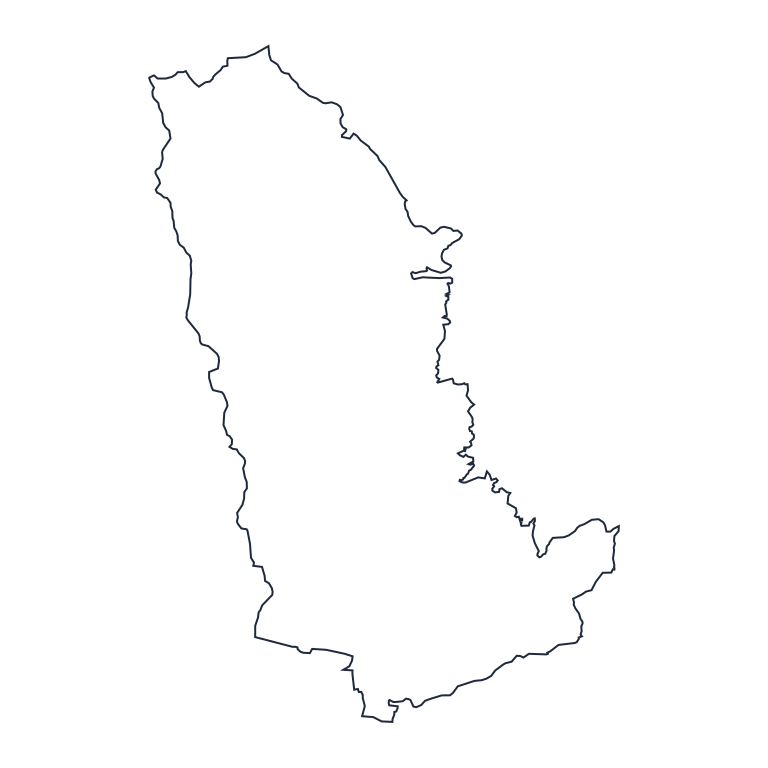 the district of Glogova, Mehedinti, Romania
{"feature_id": "2599482B38574627683383", "entity_name": "Glogova", "entity_type": "district", "adm_level": 2, "iso_a3": "ROU", "parent_name": "Romania", "parent_adm1": "Mehedinti", "projection": "mercator", "projection_center": [22.923, 44.916], "detail": "fine", "context": "isolated", "style": "outline", "palette": "slate", "viewbox_px": 768, "rotation_deg": 0, "n_neighbors": 0, "source": "geoboundaries", "source_scale": "gbopen_adm2", "svg_char_len": 6085}
<svg xmlns="http://www.w3.org/2000/svg" viewBox="0 0 768 768"><path d="M486.3,678.7L491.1,676.0L495.3,670.4L503.0,664.7L505.5,663.2L511.6,661.7L516.7,655.8L520.2,656.0L523.6,657.5L528.9,653.8L546.4,654.4L547.9,653.8L547.3,652.7L550.1,651.4L558.6,644.9L574.9,643.0L576.8,642.1L578.8,638.9L578.7,637.5L581.9,636.3L580.6,634.4L581.6,631.4L581.3,626.3L582.6,623.4L582.4,621.6L580.5,618.9L579.0,613.5L575.4,608.4L573.7,604.7L574.0,602.5L573.1,598.7L582.2,594.3L585.9,591.6L591.5,590.2L595.9,581.7L602.7,572.8L611.3,572.6L612.8,569.3L614.3,569.6L614.5,568.1L614.0,567.1L614.4,565.5L613.0,558.4L614.1,550.5L613.7,547.7L614.9,543.7L614.0,541.0L614.4,536.1L618.6,531.1L618.8,526.1L613.4,528.9L610.4,531.6L606.5,531.6L605.0,525.2L603.4,522.4L598.6,519.2L591.8,519.8L584.4,524.1L579.7,525.8L577.2,527.8L575.0,531.1L568.8,535.4L564.0,537.2L552.8,537.9L549.5,542.4L549.1,544.0L547.1,546.1L546.4,548.5L546.5,550.9L545.2,553.8L543.2,554.3L541.2,556.6L539.3,557.3L537.4,555.5L537.5,553.8L538.8,551.1L534.8,543.1L532.6,535.7L533.0,531.1L534.5,525.4L533.4,523.5L534.9,521.1L534.8,518.4L533.7,518.7L531.2,521.8L529.8,522.3L528.8,525.6L521.4,525.8L520.8,524.0L521.5,522.9L520.5,522.1L519.7,519.6L522.2,520.3L522.2,518.7L519.7,518.9L518.8,516.7L516.8,517.2L514.9,516.0L516.7,512.5L515.9,508.2L507.6,503.5L508.3,495.9L510.3,493.0L506.8,492.2L502.0,488.3L499.5,489.1L499.1,491.9L495.2,492.4L492.4,490.7L492.3,488.7L494.2,486.3L493.0,485.0L494.1,483.2L496.4,482.1L497.7,480.5L496.0,478.5L491.5,480.0L489.7,474.8L486.9,471.4L484.8,478.4L478.2,477.4L465.6,482.5L462.4,482.5L459.5,481.1L459.9,479.8L461.4,480.2L463.1,479.4L463.5,477.9L464.5,477.8L466.8,474.4L468.0,473.7L469.1,470.6L470.9,469.8L474.1,465.6L473.2,463.7L470.3,464.7L468.5,464.1L473.3,461.5L473.1,457.8L468.0,456.6L465.8,454.7L463.4,456.9L459.8,455.2L457.9,453.4L463.7,450.7L465.0,451.1L465.5,449.5L464.1,449.8L464.3,447.4L468.6,447.5L471.5,445.4L471.2,443.3L470.1,441.7L473.6,438.6L474.1,436.1L473.6,434.4L472.1,433.6L471.8,431.4L470.0,431.0L469.2,429.0L469.6,427.1L471.5,426.7L473.3,424.8L472.4,422.5L472.6,418.9L471.9,417.0L468.0,411.3L470.2,407.7L474.1,404.6L471.3,402.3L466.5,395.7L468.0,390.4L467.6,384.2L465.3,384.4L464.3,383.2L462.1,384.2L457.8,384.5L453.7,383.3L453.0,379.7L452.1,378.6L437.8,382.6L437.3,382.2L439.3,379.0L436.9,377.5L436.2,375.5L438.1,373.2L438.4,369.9L436.1,367.9L436.6,366.3L438.4,365.3L437.4,361.6L439.1,359.9L439.6,355.7L437.1,350.9L437.0,348.9L444.4,338.9L445.0,331.3L443.3,324.7L448.3,324.2L450.2,322.5L449.7,320.8L447.1,318.5L442.9,317.5L444.4,316.1L446.6,316.0L446.8,314.7L445.2,304.5L446.3,302.8L446.1,301.4L448.4,299.6L448.3,296.9L446.2,295.9L448.4,294.8L446.4,294.0L449.6,292.4L448.9,286.4L447.5,283.7L448.2,283.0L450.4,283.6L452.2,282.6L452.2,278.8L450.0,277.5L439.4,278.1L422.6,277.3L414.3,279.1L412.7,278.2L411.1,273.4L412.4,272.1L415.7,273.2L420.4,271.7L426.4,271.1L427.0,270.5L426.5,268.1L427.0,267.3L431.5,270.0L440.8,272.8L445.5,271.4L449.8,268.2L451.1,266.4L450.7,265.3L444.6,262.4L442.2,259.9L441.5,256.5L442.1,253.2L443.9,249.8L447.5,248.4L448.4,245.7L450.5,245.1L452.2,243.0L459.1,239.3L461.7,235.8L461.9,234.9L461.2,233.4L457.5,230.5L453.4,230.9L451.0,228.5L444.1,226.8L440.4,227.6L434.8,232.9L432.0,233.6L425.4,227.8L421.3,226.2L415.3,226.4L413.6,225.3L411.0,221.9L408.2,216.1L407.5,211.7L405.6,209.1L404.7,204.2L405.2,201.3L406.6,200.4L402.6,196.7L400.0,193.1L385.4,167.0L379.3,160.1L377.4,155.9L370.2,149.1L368.8,146.6L360.7,140.5L356.8,135.7L353.6,133.6L349.8,138.6L341.9,136.9L342.1,135.0L346.1,131.2L346.3,129.3L342.6,127.1L340.5,123.3L340.5,118.9L343.0,115.0L340.4,107.0L336.9,104.2L331.6,102.3L325.6,103.3L322.7,102.7L317.0,98.6L309.2,95.8L298.9,87.5L297.3,83.6L291.8,78.6L288.7,73.8L284.4,73.1L281.5,71.4L277.5,64.5L271.0,60.3L269.3,55.1L268.4,46.1L254.9,53.8L245.9,57.2L227.8,58.2L227.3,60.9L227.5,65.7L222.8,66.7L220.7,70.0L215.2,74.6L213.1,77.1L212.6,78.9L209.8,81.6L205.4,82.3L198.9,86.7L194.5,83.1L189.4,77.1L185.8,71.1L183.4,72.1L177.6,72.2L175.5,74.7L171.9,76.9L166.0,78.5L157.5,78.5L154.0,75.4L149.4,77.5L149.2,78.2L150.7,82.3L154.0,87.6L152.4,91.5L152.7,96.0L154.1,98.7L158.3,103.0L159.2,107.8L162.2,113.3L163.2,122.9L165.6,127.3L169.2,130.5L170.5,138.5L162.6,150.3L162.1,152.5L162.7,158.9L160.4,166.6L159.0,168.3L156.8,169.3L155.6,171.3L155.5,173.3L159.2,180.0L160.0,183.4L155.7,189.7L157.1,192.6L160.8,194.5L163.9,197.4L167.2,198.0L170.5,202.8L170.7,206.7L172.3,211.1L172.5,217.9L173.6,220.9L174.3,227.9L176.3,231.4L177.6,235.3L177.9,241.1L179.8,244.8L183.7,247.6L186.3,252.5L189.8,255.7L191.3,260.8L190.7,264.3L191.3,273.4L190.5,279.3L190.2,294.3L188.0,307.9L186.6,312.4L186.8,315.0L186.3,317.4L187.5,319.8L198.5,333.5L199.6,336.2L199.9,340.7L200.8,343.2L202.3,344.5L208.5,346.2L217.1,353.9L218.7,357.2L219.0,361.1L217.9,368.5L209.1,372.0L209.1,377.9L211.8,387.7L213.0,390.1L222.0,392.3L223.8,394.6L226.9,402.1L227.5,405.8L224.3,412.7L223.5,425.2L226.0,430.6L227.1,434.9L229.7,436.2L232.1,439.7L231.8,444.2L229.5,446.9L232.8,448.9L236.8,449.4L238.8,453.1L243.9,458.0L245.1,461.0L244.9,463.7L243.1,468.2L244.9,477.3L246.7,481.9L246.9,488.4L244.3,492.2L244.1,498.7L242.4,504.8L237.1,513.0L237.9,517.2L236.9,521.4L237.9,523.9L241.3,528.4L246.7,529.3L247.5,530.8L250.0,543.8L251.0,557.8L254.0,562.7L253.3,565.8L262.0,566.9L264.6,575.8L265.1,581.0L268.9,583.2L271.9,588.3L272.6,591.7L272.3,594.8L262.2,605.3L260.4,610.0L258.6,612.5L258.0,617.6L255.2,625.8L255.2,637.1L292.4,646.8L295.4,646.8L297.4,647.4L297.7,649.2L300.6,651.9L303.7,652.8L309.9,653.1L312.2,648.9L326.2,649.8L344.7,653.8L352.6,656.3L352.0,660.7L349.3,666.3L343.3,669.8L352.5,670.4L352.4,673.8L354.2,689.7L357.9,689.0L358.8,692.0L361.3,691.9L362.7,694.9L362.8,698.2L364.8,706.0L362.1,716.2L373.3,717.1L381.6,721.4L392.4,721.9L392.6,718.9L394.3,714.7L394.3,712.0L396.2,711.5L397.7,707.9L397.7,706.3L389.2,705.3L388.7,702.6L388.9,700.6L389.6,700.0L393.3,702.0L397.0,701.9L402.8,701.2L405.9,698.7L408.6,699.1L410.4,700.0L413.4,706.5L416.2,707.2L421.3,705.0L425.0,700.8L431.2,698.6L441.7,695.4L450.0,695.3L453.0,692.9L457.8,686.3L474.4,680.9L481.6,680.2L486.3,678.7Z" fill="none" stroke="#1e293b" stroke-width="2"/></svg>